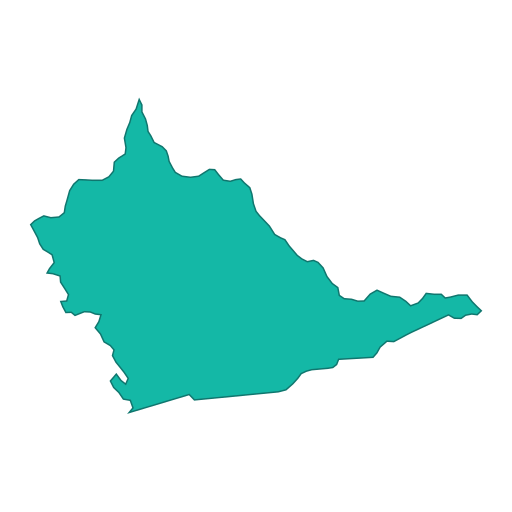 São Miguel das Matas, Bahia, Brazil (Robinson projection)
{"feature_id": "56859067B28350872520610", "entity_name": "São Miguel das Matas", "entity_type": "district", "adm_level": 2, "iso_a3": "BRA", "parent_name": "Brazil", "parent_adm1": "Bahia", "projection": "robinson", "projection_center": [-39.418, -13.038], "detail": "fine", "context": "isolated", "style": "filled", "palette": "teal", "viewbox_px": 512, "rotation_deg": 0, "n_neighbors": 0, "source": "geoboundaries", "source_scale": "gbopen_adm2", "svg_char_len": 2120}
<svg xmlns="http://www.w3.org/2000/svg" viewBox="0 0 512 512"><path d="M129.2,412.5L189.2,394.5L194.4,399.9L278.3,391.8L286.0,389.8L292.8,383.8L297.7,378.4L301.2,373.6L306.3,371.2L311.7,369.7L327.7,368.3L332.8,367.5L336.6,364.5L338.6,359.3L373.0,357.3L376.8,353.0L380.1,347.1L386.9,341.2L393.8,341.6L405.7,335.2L411.4,332.3L448.5,314.9L454.3,318.2L461.1,318.4L465.6,315.2L471.7,314.0L477.2,314.7L481.3,310.8L477.0,306.7L472.2,301.8L467.1,295.1L458.2,295.1L450.4,297.1L445.2,298.0L441.3,294.3L434.3,294.3L426.2,293.4L422.6,298.4L418.2,303.0L410.6,305.8L405.8,301.3L399.7,297.2L390.8,296.3L384.1,293.4L377.0,290.2L370.2,294.1L364.1,301.0L357.8,301.2L351.6,299.3L344.2,298.7L339.3,295.4L337.8,287.6L332.2,283.5L326.9,276.5L323.1,267.9L318.0,262.4L313.5,260.4L307.3,261.7L301.8,258.9L297.2,255.4L293.5,251.0L289.1,245.9L284.9,239.7L280.3,237.7L274.7,234.5L269.4,226.1L263.9,220.3L259.5,215.7L256.0,211.3L253.4,203.7L251.9,194.2L249.8,187.7L244.3,182.9L240.7,179.0L235.8,179.6L230.3,181.3L223.3,180.2L218.5,174.6L214.7,169.7L209.4,169.4L203.8,172.9L198.7,176.2L190.5,177.3L181.9,176.2L175.3,172.4L172.5,167.9L169.1,161.4L168.1,156.2L166.3,150.9L162.3,146.8L154.1,142.5L150.9,136.0L148.0,131.4L147.3,125.6L145.5,119.0L141.9,111.9L141.9,105.0L139.2,99.5L136.1,109.1L131.7,115.5L129.8,122.5L126.9,129.4L124.4,138.1L126.0,147.7L125.2,154.0L118.7,158.1L114.3,162.2L113.5,171.2L108.9,176.8L102.2,180.3L92.4,180.3L85.5,179.9L78.8,179.6L73.7,184.2L69.7,190.6L66.9,200.7L65.3,206.1L64.3,212.7L59.0,217.0L50.8,217.7L43.8,215.9L38.8,218.5L34.6,220.9L30.7,224.6L34.9,232.4L37.7,237.7L39.7,243.8L43.2,249.3L47.6,251.9L52.1,254.8L54.2,262.6L49.6,268.5L47.1,273.0L52.9,273.7L60.1,276.0L60.6,282.1L65.1,289.1L68.5,294.6L66.7,301.0L60.8,301.5L62.8,306.7L65.9,312.5L71.3,312.3L75.0,315.4L84.3,311.7L90.3,312.0L95.2,314.0L101.0,314.7L98.9,321.6L95.2,327.7L100.5,334.0L104.1,341.9L110.4,345.6L114.0,349.9L112.5,355.6L116.0,362.2L120.3,367.5L124.1,372.3L128.2,378.4L125.7,384.2L121.0,380.5L116.3,374.1L110.4,381.0L113.7,387.5L118.9,392.5L123.4,399.1L130.3,400.3L133.0,407.9L129.2,412.5Z" fill="#14b8a6" stroke="#0f766e" stroke-width="1.5"/></svg>